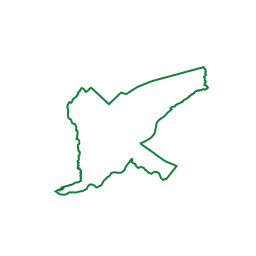 Bom Jesus da Lapa, Bahia, Brazil, rotated 219°
{"feature_id": "56859067B88017045817221", "entity_name": "Bom Jesus da Lapa", "entity_type": "district", "adm_level": 2, "iso_a3": "BRA", "parent_name": "Brazil", "parent_adm1": "Bahia", "projection": "orthographic", "projection_center": [-43.321, -13.283], "detail": "fine", "context": "isolated", "style": "outline", "palette": "green", "viewbox_px": 256, "rotation_deg": 219, "n_neighbors": 0, "source": "geoboundaries", "source_scale": "gbopen_adm2", "svg_char_len": 5845}
<svg xmlns="http://www.w3.org/2000/svg" viewBox="0 0 256 256"><g transform="rotate(219 128 128)"><path d="M189.6,111.5L189.9,111.0L189.8,110.5L189.6,109.8L189.5,108.9L189.5,108.3L189.2,107.7L188.8,107.1L188.6,106.5L188.1,106.2L187.8,105.6L187.0,105.3L186.4,104.8L185.9,104.4L185.6,103.8L185.2,103.4L184.8,103.2L184.4,103.0L184.3,102.4L184.1,101.9L183.7,101.4L183.1,100.8L182.8,100.2L181.4,98.9L180.6,98.2L179.2,98.3L178.6,98.6L177.9,98.6L177.1,98.4L176.7,98.2L176.4,97.8L175.8,97.4L175.0,96.9L174.4,96.7L174.0,96.9L172.4,97.3L171.8,97.2L171.3,97.6L170.0,96.8L169.5,96.5L169.0,96.3L168.3,95.9L167.9,95.3L167.4,93.9L166.7,93.6L166.2,93.9L165.7,93.8L165.1,93.3L164.6,93.1L164.2,92.7L163.5,91.5L162.9,90.8L162.7,89.9L162.1,89.4L161.8,89.1L161.7,88.5L161.5,87.7L161.1,87.1L160.5,87.5L159.6,87.8L159.1,87.7L158.4,87.4L157.9,87.2L157.3,86.8L156.3,85.5L156.0,84.5L156.3,83.3L155.2,82.3L154.8,81.6L154.4,80.9L153.8,80.7L153.2,80.3L152.6,79.7L152.3,79.1L151.6,79.1L150.9,78.8L150.2,78.9L149.8,78.3L149.5,77.6L149.2,77.0L148.7,76.7L148.5,76.0L148.7,75.4L148.1,74.2L146.8,73.3L146.6,72.8L146.3,72.2L146.2,71.5L146.3,70.4L145.8,70.1L145.5,69.7L145.0,69.7L144.5,69.9L144.2,69.4L144.3,68.9L144.2,68.4L143.7,67.9L143.1,68.0L142.6,67.8L142.6,67.2L142.4,66.5L142.4,65.8L141.8,65.2L141.3,64.9L140.8,64.9L140.6,65.6L140.3,66.0L139.9,65.7L139.4,65.6L138.4,65.5L137.9,65.3L137.6,64.8L137.1,64.7L136.8,64.3L137.2,63.8L137.0,63.1L136.5,63.0L135.7,63.0L135.3,62.8L135.0,62.2L135.0,61.5L135.1,61.0L134.3,60.4L133.7,60.4L133.1,59.8L133.1,59.1L132.8,58.5L131.7,58.0L131.3,57.4L131.6,57.0L131.7,56.4L132.0,56.0L132.0,55.4L132.4,54.5L132.8,54.1L133.2,53.9L133.8,53.3L134.5,52.3L135.3,50.7L135.4,50.0L135.6,49.5L135.9,49.1L136.0,48.5L136.4,47.9L137.0,47.5L137.6,46.9L137.7,46.2L138.0,45.5L138.6,45.0L139.2,44.3L139.5,43.8L140.5,42.6L141.4,41.0L141.8,40.7L142.0,40.2L142.0,39.5L141.3,39.4L141.0,39.7L140.4,40.8L140.3,40.0L140.5,38.6L141.7,37.7L142.2,37.7L142.1,37.1L142.6,36.6L142.4,36.2L143.1,35.9L143.5,35.5L143.8,34.8L143.9,33.7L144.2,33.2L142.5,33.4L141.4,33.4L140.0,33.5L138.3,34.2L137.4,34.7L136.4,35.4L135.2,36.5L134.0,37.9L133.9,38.6L133.6,39.8L133.1,40.9L132.7,41.4L132.2,41.8L131.3,42.3L130.3,43.5L129.2,44.0L128.8,44.3L128.4,44.6L125.9,47.7L125.4,48.6L124.8,49.2L124.1,49.7L123.4,50.7L123.1,51.4L121.8,54.4L121.8,55.4L122.1,56.0L122.3,56.7L122.5,57.9L122.4,58.9L122.2,59.6L121.8,60.2L121.3,60.8L120.7,61.3L119.8,61.7L118.2,62.1L117.4,62.1L115.7,61.9L115.2,62.0L114.6,62.4L114.2,63.0L113.9,64.4L113.7,64.9L113.0,66.0L112.8,66.7L112.9,67.6L113.3,69.6L113.7,71.9L113.2,74.5L113.2,75.3L113.3,76.1L113.0,76.9L112.5,77.9L112.2,79.7L112.2,80.6L112.4,81.2L112.7,81.9L112.7,82.4L111.5,84.1L110.4,85.3L108.1,86.6L106.9,87.4L105.7,88.5L105.1,89.5L104.5,91.6L104.3,92.8L104.4,93.7L104.7,94.4L105.0,95.6L105.2,96.6L105.4,98.0L105.4,100.0L105.5,102.8L105.7,103.8L105.7,105.1L105.6,106.2L105.0,106.5L104.5,105.9L104.3,105.3L104.1,104.6L103.7,103.9L103.0,104.1L102.5,104.1L102.0,104.0L101.3,104.1L100.2,104.4L99.6,104.6L98.5,103.7L96.4,103.5L95.5,103.3L94.9,103.4L94.5,103.8L94.1,105.1L93.4,105.7L92.6,106.1L92.2,106.4L91.0,106.9L90.4,106.7L89.9,106.7L89.3,106.6L88.7,106.3L88.0,106.2L87.2,106.6L86.7,106.3L86.2,106.4L85.6,106.6L84.6,106.2L84.1,106.2L83.2,106.5L82.2,106.9L81.6,107.0L80.9,107.2L80.7,107.9L80.6,108.7L79.9,110.4L79.4,111.0L78.9,111.4L78.3,111.5L77.7,112.0L77.1,112.2L76.3,112.0L75.9,112.3L75.3,112.3L74.6,112.0L74.1,111.7L72.9,110.9L72.1,110.6L71.4,110.1L70.7,109.8L68.0,109.9L67.6,110.2L67.4,110.9L66.7,112.4L66.1,112.8L66.3,129.0L70.8,127.8L76.7,126.0L78.3,125.6L86.2,125.0L92.4,124.8L107.5,123.7L108.0,123.8L108.6,124.1L107.8,125.4L106.8,127.4L106.0,129.4L105.3,130.8L105.0,131.7L104.9,132.3L104.8,132.8L104.5,133.2L104.2,134.1L103.9,135.6L103.9,138.1L103.9,139.2L104.1,140.4L104.5,141.8L104.8,142.7L105.7,143.7L105.9,144.4L106.5,145.6L107.8,147.9L108.4,149.0L108.9,150.5L109.0,151.2L109.0,152.8L108.9,153.9L108.5,155.6L107.8,157.4L107.5,158.7L107.0,161.5L106.9,162.3L106.9,163.6L106.7,165.9L106.6,166.5L106.4,167.2L106.2,167.8L105.9,169.6L106.8,169.5L107.3,169.9L106.9,170.4L106.9,171.1L107.1,171.5L107.1,172.1L106.7,172.6L106.4,172.8L105.8,173.3L105.4,173.9L105.3,174.4L105.4,175.4L105.3,175.9L104.9,176.5L104.7,177.8L104.5,178.3L104.0,178.9L103.5,179.4L103.2,180.1L103.1,180.8L102.6,182.2L102.0,182.7L102.3,183.9L102.1,185.0L102.0,185.4L101.7,186.0L101.1,186.8L100.7,188.0L100.7,188.6L100.5,189.6L100.2,190.1L100.5,190.5L100.5,191.1L100.1,191.6L99.8,192.8L100.0,193.4L99.7,194.0L99.2,194.4L99.2,195.0L99.0,195.6L98.8,196.0L98.5,196.3L98.8,196.7L98.8,197.4L98.7,198.3L98.3,199.7L98.0,200.2L97.6,200.6L97.4,201.4L96.9,201.6L96.4,201.5L95.8,202.2L95.9,203.0L95.2,203.4L94.9,203.9L94.4,204.3L94.2,204.9L94.0,205.6L92.6,206.0L92.2,206.5L92.0,207.4L91.6,207.8L91.3,208.5L91.5,209.1L91.3,209.6L91.7,209.8L92.3,210.0L92.7,209.9L93.2,210.2L94.0,210.2L94.6,210.0L95.0,209.7L95.5,209.4L96.1,210.2L96.3,210.8L96.7,211.3L96.5,212.0L96.4,212.8L96.9,213.2L98.3,213.3L98.7,213.9L99.4,214.5L99.9,215.1L100.5,215.2L101.2,215.6L100.8,217.2L100.8,217.8L101.0,218.6L102.0,218.7L102.4,219.0L102.4,219.6L103.2,220.3L103.2,220.9L104.4,222.0L105.6,222.4L106.1,222.4L106.8,222.1L107.3,222.3L107.6,222.8L138.4,180.2L141.3,175.3L146.7,165.4L150.7,153.2L155.7,151.1L157.8,134.5L178.5,135.9L182.1,136.0L182.5,134.5L182.6,133.7L182.5,133.1L182.7,131.4L183.1,130.3L183.4,129.8L183.9,129.4L184.6,129.6L185.1,130.1L185.8,130.2L186.5,130.2L187.3,130.4L187.9,130.3L188.4,130.0L189.2,129.8L189.1,129.1L189.2,128.6L189.2,127.8L188.8,127.2L188.6,126.5L188.6,126.0L188.9,125.5L189.1,124.7L189.0,124.1L188.6,123.8L188.1,122.9L187.9,122.2L188.3,121.5L188.0,121.0L187.9,120.4L188.0,119.9L188.2,118.8L188.4,118.4L188.7,117.0L188.7,116.5L188.5,116.0L189.0,115.6L188.9,115.2L188.1,113.2L188.0,112.7L188.0,112.0L188.5,111.5L189.0,111.1L189.6,111.5Z" fill="none" stroke="#15803d" stroke-width="2"/></g></svg>